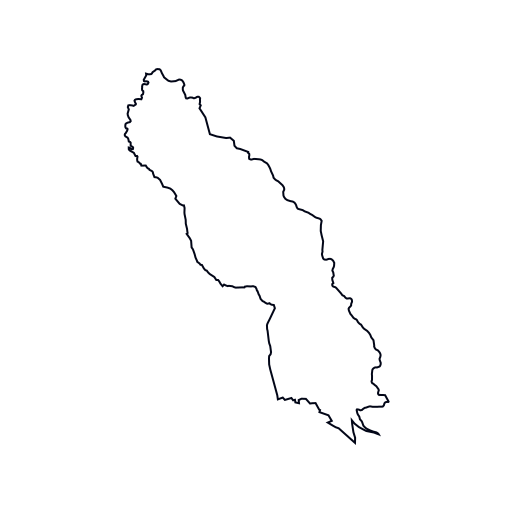 the district of Chigmecatitlán, Puebla, Mexico, rotated 72°
{"feature_id": "50627088B58244454353304", "entity_name": "Chigmecatitlán", "entity_type": "district", "adm_level": 2, "iso_a3": "MEX", "parent_name": "Mexico", "parent_adm1": "Puebla", "projection": "albers", "projection_center": [-98.061, 18.648], "detail": "fine", "context": "isolated", "style": "outline", "palette": "ink", "viewbox_px": 512, "rotation_deg": 72, "n_neighbors": 0, "source": "geoboundaries", "source_scale": "gbopen_adm2", "svg_char_len": 6055}
<svg xmlns="http://www.w3.org/2000/svg" viewBox="0 0 512 512"><g transform="rotate(72 256 256)"><path d="M464.3,219.6L459.5,217.9L453.7,217.8L445.7,216.5L441.9,215.6L445.8,214.1L450.5,211.0L454.8,206.9L456.5,205.2L460.4,198.3L463.6,194.4L463.1,194.5L462.0,195.1L460.9,196.1L459.2,198.8L457.2,201.3L454.5,204.1L453.1,205.1L450.6,206.3L446.7,206.4L445.3,206.7L443.5,207.6L440.6,207.4L438.2,208.1L436.6,208.2L433.6,207.9L433.1,207.5L433.3,206.7L434.0,205.5L435.0,204.5L435.2,202.9L434.6,201.6L434.0,199.5L434.2,198.2L434.1,195.9L434.1,194.7L434.4,193.6L435.4,191.8L436.9,187.3L437.3,185.6L438.3,182.6L438.3,181.8L437.5,180.5L436.1,179.6L435.5,179.0L435.2,178.4L435.1,177.7L435.2,176.8L435.7,175.2L435.4,174.9L428.3,176.2L427.4,178.2L426.7,180.4L426.3,181.2L426.3,181.8L425.6,182.3L424.7,182.5L423.6,182.1L421.6,180.7L420.5,180.7L417.0,181.8L415.3,183.0L413.7,183.9L413.0,184.7L412.2,184.9L411.1,184.9L410.5,184.6L409.8,184.0L405.9,182.7L404.1,182.3L400.4,180.6L399.8,180.1L399.3,179.3L398.9,178.1L398.8,177.3L399.0,176.2L399.4,175.5L399.3,172.7L398.9,172.0L398.2,171.4L397.3,170.8L396.1,170.4L393.2,170.5L392.0,170.3L390.4,169.0L389.2,168.3L388.0,168.0L386.5,168.1L385.7,168.3L383.5,169.2L381.9,170.9L380.2,171.5L378.5,171.6L377.6,171.2L372.4,170.3L369.1,171.5L366.2,171.7L364.0,172.3L361.6,173.4L358.6,175.7L356.9,176.5L353.7,177.3L352.8,178.2L351.8,178.8L350.2,179.5L348.2,179.8L347.0,180.5L346.5,181.2L345.0,182.4L341.7,183.5L340.4,184.1L339.5,184.2L336.7,184.5L334.9,184.3L334.0,183.5L332.9,181.4L332.4,180.8L331.5,180.5L330.7,180.1L329.2,178.8L327.5,178.4L326.4,178.6L325.6,179.2L325.2,179.7L324.6,182.7L324.0,183.3L323.1,183.9L321.4,184.5L320.0,186.0L317.8,186.7L311.3,189.5L310.3,190.1L309.0,191.9L308.3,192.4L307.3,192.5L306.3,192.2L305.7,190.8L302.3,190.8L301.1,190.5L300.2,190.2L299.5,188.8L298.7,188.1L295.4,187.6L293.5,187.9L291.9,186.9L290.8,185.7L289.5,184.8L286.7,183.7L284.3,184.1L282.7,185.0L282.0,185.7L281.6,186.4L281.2,187.9L281.3,189.9L280.9,191.3L280.5,192.0L279.9,192.6L279.0,192.9L276.0,192.9L274.5,192.7L272.4,191.4L270.7,191.0L262.8,187.6L256.7,187.2L252.2,186.7L246.6,184.7L242.9,182.7L241.2,183.2L240.4,183.7L239.4,185.0L238.2,186.8L237.2,187.8L234.3,189.9L232.6,191.6L231.1,192.7L228.5,196.0L226.8,197.4L224.2,201.4L223.6,201.8L222.8,202.0L221.6,202.2L220.3,202.1L218.9,202.3L217.1,202.9L215.6,204.2L214.4,206.4L212.5,209.0L210.7,210.4L208.4,211.1L207.0,211.2L203.4,210.3L201.7,208.7L200.3,208.3L199.1,208.3L196.9,208.9L191.8,211.8L190.2,213.4L189.0,214.2L187.0,215.1L184.8,214.9L180.1,215.5L177.6,215.5L176.0,215.7L173.3,216.2L171.3,216.9L168.7,219.2L166.8,220.4L165.8,221.6L165.2,222.7L163.6,226.4L163.0,228.1L162.9,230.5L162.6,231.2L161.6,232.4L161.0,232.4L159.5,232.0L158.7,231.5L157.8,231.1L156.6,230.9L155.3,231.7L154.6,231.3L149.3,238.0L147.6,241.0L144.5,242.4L139.6,241.5L135.4,244.1L134.6,247.9L130.2,256.3L125.9,262.2L108.5,261.3L98.1,264.1L95.6,262.0L94.1,262.7L92.4,261.7L91.2,261.3L90.0,261.0L88.7,260.4L87.8,260.7L86.9,261.2L86.5,262.2L86.5,263.3L86.8,264.1L86.9,265.8L86.6,266.7L85.8,267.4L85.0,269.2L84.8,270.2L85.0,272.6L84.5,273.7L83.6,273.9L80.9,273.5L76.0,274.3L74.8,274.1L73.1,273.5L72.0,272.3L71.7,271.5L70.9,271.2L68.5,271.3L66.5,271.9L65.7,272.4L64.9,273.5L64.4,274.6L64.8,278.4L64.0,282.0L63.7,283.0L62.4,285.0L61.7,285.6L57.7,288.2L56.1,288.4L53.0,289.0L50.5,289.2L49.6,289.4L48.6,290.0L47.7,292.1L47.7,293.6L48.4,294.7L49.2,297.5L50.3,298.7L50.6,299.5L50.2,301.5L49.8,302.4L48.6,304.2L50.2,304.5L53.7,308.3L55.0,308.5L55.5,308.0L56.1,305.9L56.9,304.8L57.9,304.7L59.0,305.8L59.2,306.8L57.8,309.4L57.8,310.4L58.2,311.1L59.7,312.0L60.3,312.1L61.9,312.8L63.2,313.0L63.8,312.7L64.3,312.3L65.4,312.5L67.1,313.4L67.4,314.1L67.5,314.8L68.0,315.4L68.8,315.6L70.2,315.5L71.5,316.6L70.3,319.4L69.9,321.7L70.1,322.9L70.8,323.6L72.7,323.5L74.2,323.2L74.7,323.5L75.4,326.0L74.5,327.3L73.5,329.5L73.3,330.9L74.8,331.9L77.3,331.7L80.9,334.1L82.4,334.4L84.8,334.3L87.7,333.4L89.0,333.5L89.7,334.6L89.5,336.9L89.8,338.6L90.3,339.4L92.1,340.2L93.4,340.4L94.5,340.1L95.0,339.1L95.5,338.9L96.2,339.2L97.3,340.1L98.1,341.1L98.8,341.8L99.4,342.9L100.2,343.4L100.9,343.5L101.9,343.2L103.7,341.6L104.9,341.3L106.4,341.4L107.8,341.6L108.7,340.5L109.4,340.2L112.4,341.1L114.3,339.5L115.2,339.4L116.3,340.1L116.0,341.3L114.8,342.1L113.8,343.0L113.5,343.5L115.1,344.0L116.0,343.8L117.0,343.2L120.1,340.3L123.7,339.7L124.1,338.2L124.9,338.0L127.0,339.1L128.3,339.4L129.6,339.5L130.5,338.6L131.5,338.0L132.2,337.9L132.7,337.1L134.6,337.1L135.9,332.9L137.9,332.4L139.1,331.9L139.8,331.1L140.3,330.8L141.1,330.7L143.0,328.8L143.7,328.4L144.6,328.2L145.7,328.4L149.6,328.2L150.5,326.3L151.3,325.3L154.0,323.7L158.7,323.0L161.4,322.8L163.7,318.9L165.4,316.7L167.6,315.2L170.0,314.2L174.3,313.2L176.6,315.0L182.8,312.5L185.3,310.0L185.6,308.9L188.3,309.1L192.4,310.6L194.0,311.0L199.9,311.7L203.6,312.8L208.9,313.2L211.8,313.8L212.4,313.8L213.4,314.2L213.6,315.1L218.6,313.5L221.5,313.0L228.0,314.6L229.5,314.1L230.7,313.9L235.4,313.8L238.8,314.0L242.5,313.6L243.3,313.7L245.7,312.0L247.2,311.5L247.8,310.2L251.8,309.4L253.9,308.5L254.6,307.4L256.9,306.6L258.8,305.6L263.1,302.1L266.5,301.2L267.2,299.4L268.9,298.8L271.4,298.3L274.4,297.1L273.3,295.2L274.6,293.9L275.9,292.2L276.0,291.0L277.5,287.8L278.9,286.4L279.8,285.1L281.6,278.7L282.3,276.7L281.7,276.1L282.0,273.9L283.4,270.2L283.8,268.1L285.3,266.1L287.4,265.7L289.2,265.8L289.8,265.4L293.3,265.3L294.9,264.9L298.2,264.9L300.9,263.7L301.9,262.6L303.3,261.6L304.6,260.4L305.0,259.7L305.1,257.7L306.1,257.3L307.2,256.1L308.1,254.2L311.5,254.2L320.3,262.5L322.9,265.1L324.2,266.3L325.3,267.0L328.9,268.0L330.7,268.1L340.8,270.1L343.2,270.4L346.0,270.3L352.1,271.4L354.0,272.5L355.2,274.4L357.4,275.3L363.2,277.0L368.2,277.5L395.0,278.8L399.1,279.5L398.9,274.3L401.8,273.0L402.0,266.2L404.7,265.3L404.8,263.4L407.4,263.8L409.3,260.6L406.2,259.9L405.8,256.8L407.3,252.7L413.0,250.2L413.4,248.0L414.3,244.8L421.6,243.4L422.3,242.7L424.1,243.9L429.9,236.3L436.2,234.9L436.6,239.2L441.0,235.4L443.5,233.1L445.4,230.6L464.3,219.6Z" fill="none" stroke="#020617" stroke-width="2"/></g></svg>